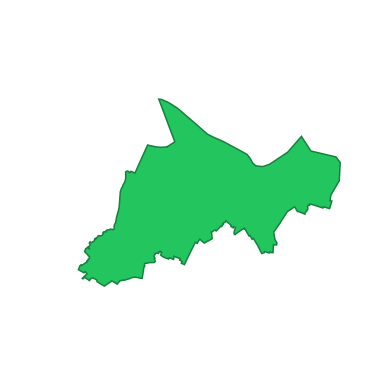 Eemsdelta, Groningen, Netherlands (orthographic projection), rotated 326°
{"feature_id": "6326949B5414348034711", "entity_name": "Eemsdelta", "entity_type": "district", "adm_level": 2, "iso_a3": "NLD", "parent_name": "Netherlands", "parent_adm1": "Groningen", "projection": "orthographic", "projection_center": [6.777, 53.348], "detail": "fine", "context": "isolated", "style": "filled", "palette": "green", "viewbox_px": 384, "rotation_deg": 326, "n_neighbors": 0, "source": "geoboundaries", "source_scale": "gbopen_adm2", "svg_char_len": 5643}
<svg xmlns="http://www.w3.org/2000/svg" viewBox="0 0 384 384"><g transform="rotate(326 192 192)"><path d="M145.1,248.0L152.2,243.8L166.5,235.6L167.7,237.6L168.2,237.3L168.6,236.9L169.1,236.8L169.8,236.4L172.1,235.5L172.5,237.3L173.6,241.2L178.7,241.7L178.9,241.8L182.7,242.0L183.4,240.5L184.1,239.3L184.4,238.6L184.9,237.8L185.5,236.0L185.8,236.3L187.6,236.3L188.1,236.2L190.1,236.6L190.2,237.8L190.4,237.8L196.8,236.5L197.1,237.2L197.5,237.2L198.1,236.8L198.8,236.4L199.0,236.4L199.0,236.5L199.6,236.3L200.0,236.3L200.1,235.3L200.3,235.3L200.6,235.5L201.5,235.3L202.2,235.6L202.4,235.5L202.8,235.5L203.1,235.3L203.7,234.9L204.0,234.9L205.8,241.6L205.0,242.2L206.1,244.7L207.0,243.9L208.3,245.6L205.5,247.9L204.3,249.0L203.9,249.5L203.9,250.0L203.8,250.4L203.6,250.7L204.1,250.7L204.1,251.4L207.2,251.1L208.9,251.2L210.5,251.1L214.7,251.2L214.6,251.4L214.8,251.4L214.8,251.7L215.3,251.5L214.9,256.6L215.0,256.6L214.7,260.5L215.8,260.6L215.4,264.8L216.9,264.8L216.5,274.7L216.3,274.7L215.4,282.0L216.5,282.3L217.2,282.5L217.8,282.7L218.9,281.9L221.8,285.7L222.7,285.4L222.6,285.6L225.3,287.6L230.0,281.3L232.5,283.2L233.8,281.9L234.0,281.3L234.1,280.9L234.1,280.3L234.1,279.6L234.1,279.0L234.3,277.5L236.3,273.3L236.8,271.8L237.2,271.1L237.5,270.8L241.5,269.4L245.8,267.6L246.0,267.7L250.0,265.9L250.7,265.6L253.9,264.2L254.3,264.1L259.3,261.9L259.9,261.7L260.5,261.6L267.4,261.7L268.8,261.8L268.5,267.1L268.9,267.1L273.3,273.5L273.8,272.9L274.1,272.7L274.9,272.3L276.6,271.9L277.6,271.3L278.2,270.9L278.3,271.0L278.8,270.4L279.0,269.9L279.8,269.0L279.6,268.6L280.0,268.4L281.2,267.9L282.0,268.8L282.8,267.8L283.5,268.3L286.8,272.3L291.6,278.5L292.6,277.7L296.8,282.7L302.9,277.7L302.1,277.1L301.5,276.4L301.8,276.1L305.2,272.5L305.4,272.2L320.4,265.0L331.3,250.5L331.0,243.5L313.5,224.5L313.8,207.1L293.6,212.5L271.7,212.4L264.9,210.5L259.5,206.0L258.5,202.2L259.0,196.2L258.6,191.4L246.0,167.3L241.0,159.5L237.1,152.6L232.3,134.4L226.8,114.4L222.8,105.1L218.5,98.2L216.4,96.4L205.8,140.8L196.9,140.6L196.6,140.4L196.5,140.7L195.1,139.8L192.2,138.1L191.2,137.5L188.4,135.3L188.0,135.0L184.3,131.2L184.2,131.0L183.4,130.4L181.9,128.6L181.5,128.2L155.3,144.4L153.0,140.7L152.1,141.0L151.6,141.1L151.2,141.2L150.9,141.0L150.8,140.9L150.9,140.5L151.0,140.3L151.0,140.0L151.0,139.6L150.8,139.2L150.4,138.9L150.2,138.5L149.8,138.3L149.1,138.2L148.5,138.2L148.2,138.3L145.3,142.7L144.7,143.5L144.0,144.3L143.7,144.5L142.5,145.5L141.4,146.3L138.7,147.6L137.6,148.5L136.9,148.9L135.6,149.4L135.6,149.6L132.8,151.6L132.3,152.2L125.0,161.5L123.1,163.8L121.6,165.3L120.1,166.7L114.9,171.1L113.5,172.7L112.3,173.8L112.3,174.0L112.2,174.1L111.5,174.5L111.1,175.1L110.2,175.3L109.5,175.7L108.9,176.2L108.3,176.8L107.7,177.8L107.2,178.6L106.7,179.1L106.3,179.4L105.6,179.0L103.6,177.1L103.4,177.2L103.0,177.3L102.6,177.2L101.7,176.7L99.9,175.9L99.0,176.1L98.4,176.8L98.1,176.9L97.7,176.6L97.2,176.0L97.0,175.8L96.5,175.7L95.7,175.8L95.4,175.9L95.1,176.3L95.0,176.5L95.1,176.9L94.9,177.1L93.6,177.5L92.8,177.6L92.2,177.5L91.7,177.2L90.7,176.4L90.0,175.9L89.5,175.9L89.3,175.9L88.8,176.3L88.5,176.5L88.3,176.4L87.9,176.5L86.9,177.0L86.6,176.6L85.7,176.4L85.6,177.2L85.2,177.1L84.9,176.7L84.2,177.4L84.0,177.7L83.2,178.0L82.4,177.8L80.9,177.9L80.5,177.8L79.7,176.3L79.4,176.4L78.5,176.7L78.3,176.9L78.1,177.2L78.1,177.4L78.3,178.0L78.3,178.6L78.1,178.8L77.6,179.0L76.9,179.3L76.2,179.4L75.1,179.3L74.8,179.4L75.5,181.4L75.0,181.6L74.4,179.5L74.0,179.6L73.7,179.5L73.2,179.7L72.4,179.6L72.2,179.6L71.5,179.9L70.5,181.1L70.2,181.1L69.8,181.0L69.7,181.3L69.8,181.8L69.7,182.3L69.7,182.5L69.9,183.1L70.5,185.7L70.4,186.2L70.4,187.2L70.8,187.7L70.8,187.8L70.8,188.5L70.5,188.8L70.3,188.9L70.1,189.0L69.9,189.3L69.9,189.6L69.8,189.8L69.7,189.9L69.0,189.8L68.7,189.6L68.4,189.6L68.1,189.8L68.1,190.0L67.9,190.4L67.5,190.5L67.2,190.3L66.3,190.4L65.8,190.8L65.7,191.0L65.7,191.3L65.5,191.5L64.8,191.3L64.4,191.1L64.2,191.1L63.6,191.2L61.4,191.2L59.7,191.3L59.4,191.1L59.5,190.9L59.6,190.6L59.6,190.4L59.3,190.3L58.9,190.5L58.1,190.5L57.6,190.6L54.4,192.9L54.8,193.5L54.8,193.8L56.3,196.7L56.4,197.0L57.3,198.6L58.9,198.3L59.3,201.1L56.9,201.5L55.1,201.9L54.3,201.9L53.5,202.2L52.7,202.3L52.7,202.7L52.9,202.8L53.2,202.8L53.3,203.0L55.4,202.7L57.4,208.1L57.5,208.1L59.2,207.3L61.6,207.5L62.5,209.2L62.8,209.6L63.8,211.7L63.5,212.5L63.1,213.4L63.6,214.3L66.7,221.0L71.4,221.0L71.7,221.0L71.8,220.9L72.3,221.0L75.6,221.0L75.8,220.8L78.0,225.5L78.5,226.6L79.1,226.5L80.5,225.8L81.2,225.7L81.4,225.8L81.7,225.6L82.2,225.5L82.6,225.5L84.1,225.9L85.1,226.5L85.2,226.3L85.6,226.5L85.8,226.8L87.7,227.7L90.2,228.4L91.8,229.0L93.0,229.1L94.1,229.3L95.9,230.1L97.7,231.3L98.4,231.8L100.9,234.5L101.1,234.7L101.8,235.2L102.5,235.7L110.5,227.0L111.1,227.4L112.3,225.1L112.5,224.9L114.2,225.4L115.0,226.0L116.4,226.4L118.0,227.2L118.4,227.4L119.1,228.1L119.5,228.3L119.9,228.5L120.7,229.0L121.4,229.3L121.7,229.2L122.2,229.2L122.9,228.9L122.9,228.4L123.0,228.0L123.4,227.2L123.5,226.9L123.5,226.6L123.4,226.4L123.7,226.2L124.2,226.2L124.3,226.0L124.4,225.6L124.3,225.0L124.4,224.5L124.5,224.0L124.7,223.7L125.3,223.2L125.6,223.1L125.8,223.1L126.4,223.3L127.3,222.4L127.8,222.7L128.5,223.0L128.8,223.1L129.7,224.0L129.8,223.8L130.2,224.0L130.4,223.7L130.5,223.4L130.4,223.3L130.5,223.2L132.0,223.6L132.1,223.3L132.4,223.4L132.2,224.0L132.6,224.2L132.9,224.3L133.1,224.6L133.2,225.0L132.9,225.1L130.8,226.8L130.9,227.5L131.5,229.0L132.5,230.9L135.1,234.5L136.3,233.8L138.5,236.6L138.4,236.8L139.0,237.6L140.0,236.6L141.0,235.1L143.5,238.7L145.0,240.5L143.7,241.5L145.0,244.0L143.3,245.0L143.7,245.8L144.3,246.6L145.1,248.0Z" fill="#22c55e" stroke="#15803d" stroke-width="1.5"/></g></svg>